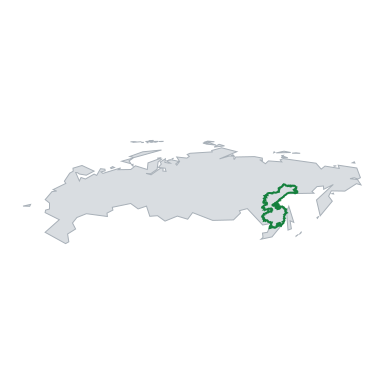 where Khabarovsk sits in Russia
{"feature_id": "RUS-2614", "entity_name": "Khabarovsk", "entity_type": "Territory", "adm_level": 1, "iso_a3": "RUS", "parent_name": "Russia", "parent_adm1": "", "projection": "robinson", "projection_center": [136.924, 54.6], "detail": "fine", "context": "in_parent", "style": "outline", "palette": "green", "viewbox_px": 384, "rotation_deg": 0, "n_neighbors": 0, "source": "natural_earth", "source_scale": "10m", "svg_char_len": 9458}
<svg xmlns="http://www.w3.org/2000/svg" viewBox="0 0 384 384"><path d="M272.0,236.9L261.0,239.2L263.0,237.4L262.5,233.1L267.4,232.3L271.1,223.4L262.7,225.0L247.3,208.6L239.4,210.7L240.5,213.0L233.5,219.9L212.7,220.4L192.6,212.6L187.7,219.2L177.3,216.1L165.0,221.1L157.5,215.7L149.8,216.3L146.5,206.1L138.1,208.9L130.7,203.5L112.3,207.3L112.9,210.1L107.0,213.1L107.4,216.5L86.4,213.7L76.9,217.5L72.5,223.0L75.6,229.0L67.6,234.0L68.8,241.8L65.6,243.6L45.1,232.3L59.3,219.7L45.1,212.6L45.6,210.1L49.5,209.0L49.5,203.0L45.2,199.6L52.0,191.6L56.7,191.1L53.1,189.6L65.8,183.4L64.4,181.2L69.7,173.2L73.2,171.2L73.0,168.2L82.0,165.5L94.1,171.1L86.3,175.2L79.3,174.0L77.5,172.7L75.7,172.5L79.4,181.0L81.0,177.5L85.4,179.0L94.1,174.1L96.7,175.4L100.5,168.7L104.9,169.2L105.2,170.8L101.0,171.9L102.9,173.4L120.7,167.9L118.4,169.7L130.8,169.5L135.4,165.8L147.3,169.5L148.0,162.9L159.7,158.6L161.7,159.1L158.1,162.0L157.1,169.2L150.7,173.7L146.0,173.4L151.1,174.8L160.4,168.3L163.1,168.0L162.9,171.0L166.0,171.4L165.2,168.2L158.4,167.4L161.3,164.1L160.3,162.0L165.4,158.8L164.9,162.4L169.1,163.2L170.4,163.2L166.3,160.9L171.4,159.8L178.8,161.4L175.7,164.0L176.8,165.2L179.6,161.5L176.7,157.0L186.9,158.1L189.3,156.4L187.2,154.5L190.0,153.3L212.2,151.9L211.7,150.5L221.6,147.8L236.8,151.7L219.5,158.9L229.4,156.0L234.2,156.2L233.8,158.8L234.0,159.2L234.6,159.2L235.8,157.0L254.4,156.6L262.3,158.1L262.4,160.5L259.7,159.7L265.4,163.7L268.5,160.9L281.8,161.9L280.2,159.9L283.1,158.6L316.0,163.2L321.2,169.1L325.0,166.1L339.2,168.4L338.2,165.2L356.8,168.0L360.4,177.7L357.9,179.0L354.2,177.7L350.0,178.7L357.5,179.6L361.0,184.9L356.4,183.7L344.9,191.1L331.3,190.9L328.6,196.2L332.3,201.2L320.2,215.8L316.5,200.0L333.3,184.5L323.7,189.3L323.4,186.0L317.0,186.6L312.0,191.5L314.0,193.2L286.8,193.7L272.5,205.0L285.9,209.3L283.4,223.0L272.0,236.9ZM161.5,150.0L133.9,157.6L129.7,156.5L142.8,151.8L161.5,150.0ZM288.8,206.2L293.8,222.4L290.1,220.8L291.4,228.8L288.0,230.1L286.6,212.2L288.8,206.2ZM121.7,161.2L133.4,157.9L129.0,160.9L130.9,163.7L121.7,161.2ZM276.2,152.9L284.0,151.2L290.7,152.5L276.2,152.9ZM209.3,142.7L216.0,145.1L205.5,144.0L209.3,142.7ZM207.7,141.1L214.4,141.7L204.0,142.3L207.7,141.1ZM219.1,144.3L224.5,145.9L214.1,147.1L219.1,144.3ZM292.1,153.2L296.0,152.8L300.2,153.3L292.1,153.2ZM23.0,206.1L30.6,204.4L29.7,206.3L23.0,206.1ZM136.9,142.0L141.4,141.7L132.5,142.4L136.9,142.0ZM283.5,156.3L287.8,157.8L281.1,157.4L283.5,156.3ZM114.5,167.5L111.1,168.6L110.5,167.8L112.6,166.6L114.5,167.5ZM145.4,141.5L149.6,141.2L151.1,141.5L145.4,141.5ZM158.3,141.4L155.7,142.2L153.2,141.9L154.4,141.4L158.3,141.4ZM161.9,141.6L158.8,141.5L163.6,141.3L161.9,141.6ZM133.0,164.3L133.0,166.1L131.6,164.8L133.0,164.3ZM207.2,143.1L204.2,143.6L202.9,142.9L207.2,143.1ZM148.7,140.6L153.7,140.4L151.4,140.9L148.7,140.6ZM354.9,163.1L352.3,162.8L354.3,161.8L354.9,163.1ZM133.8,141.6L136.5,141.8L130.5,141.8L133.8,141.6ZM160.3,157.9L157.1,158.2L160.4,157.8L160.3,157.9ZM232.9,154.7L233.9,155.8L231.8,155.2L232.9,154.7ZM336.4,165.8L334.5,166.3L333.4,165.8L336.4,165.8ZM151.3,142.3L149.4,142.1L152.7,142.3L151.3,142.3ZM152.3,141.0L153.1,141.5L150.8,141.1L152.3,141.0ZM301.5,231.6L301.0,232.8L299.3,234.4L301.5,231.6ZM147.6,142.3L148.5,142.8L146.6,142.7L147.6,142.3ZM171.3,159.6L168.8,160.0L168.4,160.0L171.3,159.6ZM333.7,194.0L331.9,193.7L333.4,193.1L333.7,194.0ZM283.2,155.4L282.3,156.2L281.8,155.6L283.2,155.4ZM277.6,204.0L277.9,205.5L276.9,205.1L277.6,204.0ZM318.8,216.3L317.4,218.4L316.9,217.7L318.8,216.3ZM143.9,142.4L141.8,142.6L141.3,142.4L143.9,142.4ZM173.6,158.1L172.6,158.9L172.3,158.7L173.6,158.1ZM274.9,152.3L273.7,152.8L274.1,151.8L274.9,152.3ZM296.0,236.0L298.5,234.3L296.0,236.3L296.0,236.0Z" fill="#d9dde1" stroke="#a8b0b8" stroke-width="1"/><path d="M271.2,223.4L270.5,223.1L271.3,223.1L271.6,223.0L271.8,222.5L270.9,222.5L270.5,222.1L270.2,222.3L269.5,222.4L269.1,222.0L268.1,221.8L267.8,220.8L267.0,220.7L266.9,220.3L266.0,220.5L266.1,220.2L265.5,220.0L265.2,220.3L265.1,220.7L264.7,220.4L263.9,220.7L264.0,220.1L264.1,219.6L263.7,219.3L264.0,219.2L264.1,218.8L263.6,218.5L263.7,218.3L264.0,218.1L263.7,217.5L263.4,217.6L263.3,217.3L262.8,217.4L262.7,217.2L263.1,216.9L262.9,216.6L262.5,216.6L262.4,216.8L262.2,216.7L262.7,216.0L262.6,215.7L262.9,215.6L263.2,215.0L263.5,215.0L263.8,214.7L264.2,214.7L264.0,213.8L266.0,213.5L266.3,213.3L266.3,213.0L266.5,213.0L266.7,212.7L267.2,212.4L268.0,212.5L268.5,212.2L268.1,211.7L268.1,211.2L268.3,211.0L269.5,211.5L271.2,211.7L271.2,211.4L271.5,211.1L271.2,210.9L271.4,210.8L271.2,210.7L271.3,210.5L271.3,210.3L271.7,209.9L271.7,209.6L271.9,209.4L271.6,209.2L271.8,208.9L271.1,208.4L270.8,208.5L269.9,208.9L268.9,208.6L268.1,208.9L268.0,209.3L265.7,209.5L265.2,209.8L265.2,209.5L264.3,209.5L264.5,209.3L264.3,208.0L263.6,207.9L263.2,208.0L262.1,207.6L262.3,207.0L262.8,206.6L263.6,206.5L263.9,205.8L263.9,205.6L265.6,204.9L265.5,204.6L265.8,204.4L266.5,204.4L266.4,204.0L266.9,204.0L267.1,203.8L267.1,203.6L267.7,203.5L267.3,203.4L267.0,203.2L266.8,202.7L266.5,202.6L265.3,202.9L263.7,202.9L263.4,202.7L263.3,202.1L263.5,201.5L263.8,201.3L263.9,200.7L264.3,200.5L264.5,200.7L264.7,200.4L265.0,200.5L264.9,200.6L265.1,200.6L265.0,200.4L265.1,200.1L265.4,199.9L265.3,199.6L264.6,199.0L264.7,198.9L264.3,198.7L264.1,198.8L263.9,198.5L264.3,198.3L264.8,198.5L265.0,198.3L265.0,198.0L265.3,197.8L265.2,197.6L265.8,197.6L266.0,197.3L265.4,196.8L265.5,196.6L265.1,196.4L264.8,196.0L265.3,196.0L266.0,196.4L265.9,196.1L266.0,195.9L266.3,195.8L266.4,195.5L266.2,195.1L266.8,195.1L266.7,195.0L267.1,194.7L267.1,194.3L267.2,194.0L267.7,194.0L267.8,193.8L267.7,193.7L267.7,193.4L269.0,193.0L270.2,193.0L271.2,193.3L271.7,193.1L271.9,193.4L272.6,193.4L273.1,192.7L273.8,192.3L274.5,192.6L275.9,192.7L277.3,192.2L277.6,191.7L278.4,191.5L278.5,191.9L278.9,191.8L278.8,191.5L279.0,191.1L278.8,190.4L279.1,190.0L278.9,189.7L279.3,189.2L278.8,188.7L279.1,188.4L279.0,188.1L279.8,187.9L279.7,187.7L279.9,187.5L280.3,187.6L280.6,187.2L281.5,187.1L281.8,186.7L282.3,186.2L282.4,185.8L283.0,185.6L283.1,184.8L283.6,184.7L283.8,184.3L284.5,184.5L285.0,184.6L285.5,185.3L285.9,185.6L286.2,185.5L286.8,185.5L287.0,185.8L287.3,186.1L287.8,185.9L288.4,186.0L288.7,185.5L288.9,185.5L289.2,185.7L289.7,185.7L289.6,185.9L289.8,186.1L290.3,185.8L290.4,186.4L290.9,186.5L291.6,186.1L291.6,185.8L291.9,185.7L292.4,185.6L292.8,185.8L293.4,185.9L293.9,185.6L294.9,186.0L295.7,186.7L295.8,187.2L296.2,187.3L296.0,187.6L296.2,187.8L296.2,188.1L296.2,188.4L296.1,188.5L295.7,188.6L295.7,189.1L295.6,189.3L294.8,189.1L293.8,189.8L294.0,190.0L294.4,190.5L295.6,190.3L295.8,190.7L296.2,190.7L296.2,191.0L296.5,191.3L296.9,191.1L297.2,191.3L297.3,191.7L297.1,191.8L297.3,192.0L297.2,192.6L296.7,192.7L295.9,192.5L295.6,192.6L295.7,193.1L295.1,193.3L294.6,193.1L294.9,192.6L294.6,192.6L294.3,192.5L292.9,192.7L290.6,192.6L289.8,192.8L289.1,192.7L287.3,193.4L286.8,193.7L285.9,194.7L284.2,195.7L283.7,196.8L282.7,197.2L282.2,197.8L281.9,197.9L281.5,198.3L281.0,198.4L280.4,198.8L280.3,199.1L279.8,199.2L279.7,199.7L279.4,199.6L279.0,200.2L278.8,200.3L278.8,200.5L279.0,200.6L278.6,200.7L278.3,200.9L277.9,201.5L277.3,201.7L277.2,202.0L277.0,201.9L275.9,202.8L275.1,203.0L274.6,203.7L273.1,204.4L272.5,204.9L272.6,205.4L273.5,205.5L273.7,205.8L275.4,205.7L275.6,205.4L275.7,205.6L276.0,205.5L276.0,205.9L276.0,206.1L275.8,206.2L276.0,206.5L275.8,206.6L276.0,206.9L275.6,207.5L275.7,207.9L275.9,208.0L276.3,207.7L276.6,207.9L276.8,207.8L277.0,207.2L276.7,207.2L276.5,206.9L277.2,206.5L278.0,206.4L277.4,207.1L277.3,206.9L277.0,207.0L277.6,207.5L278.2,207.4L277.7,207.8L277.4,208.3L276.8,208.5L277.1,208.7L278.4,208.5L278.9,208.3L279.2,208.1L279.3,207.6L279.8,207.3L279.8,207.8L279.0,208.8L279.5,208.7L280.0,208.1L280.2,207.3L280.2,207.0L280.1,206.7L279.9,206.5L281.3,206.8L282.3,206.5L282.5,206.7L283.4,207.2L283.4,207.3L283.6,207.4L283.4,207.7L284.1,208.3L285.3,208.8L285.0,208.8L284.9,208.9L286.0,209.3L285.9,209.5L286.0,209.5L285.9,209.9L285.5,210.0L284.8,209.8L284.5,209.8L285.0,210.0L285.3,210.5L285.7,210.5L285.8,211.1L285.4,211.7L286.4,212.5L285.9,212.6L285.8,212.9L286.1,213.1L285.6,213.4L285.4,213.8L285.0,214.0L285.0,214.3L284.8,214.4L285.0,214.5L284.9,214.7L284.5,214.8L284.6,215.6L284.2,216.1L284.1,216.5L284.2,216.8L284.0,217.0L284.3,217.5L284.2,218.1L284.6,218.3L284.0,218.8L284.3,219.1L284.3,219.7L284.1,220.5L283.9,220.5L284.0,220.5L283.9,221.1L283.6,221.3L284.0,221.3L283.6,222.0L283.5,222.9L281.5,224.8L281.0,225.9L280.6,225.7L279.9,225.7L280.1,225.3L279.8,225.1L280.5,224.8L280.5,224.6L279.9,224.1L280.1,223.8L280.3,223.8L280.2,223.6L279.9,223.6L279.7,223.0L279.3,222.9L278.4,223.5L277.4,223.6L277.1,223.9L277.7,224.5L277.4,224.8L278.8,225.1L278.6,225.3L278.8,225.4L278.8,225.5L277.4,226.4L276.5,226.2L276.3,226.6L276.3,227.0L275.5,227.6L274.7,227.7L274.3,227.4L274.0,227.6L273.5,227.3L273.5,227.2L272.7,227.3L272.8,226.9L272.5,226.6L272.0,226.5L271.8,226.7L271.5,226.6L271.1,226.7L270.8,227.1L270.6,227.2L270.5,227.9L269.6,228.1L269.7,227.1L270.1,226.7L269.9,226.3L270.0,226.1L270.8,225.7L271.3,225.0L270.9,224.1L271.2,223.4ZM278.3,204.5L279.0,204.5L278.5,204.7L278.5,205.1L277.9,205.6L277.4,204.9L276.9,205.2L277.6,204.0L278.4,204.2L278.5,204.3L278.3,204.5ZM276.7,204.2L276.5,204.7L275.7,204.8L276.0,204.5L276.7,204.2ZM277.9,206.3L278.3,205.9L278.1,206.3L277.9,206.3ZM277.7,205.8L277.8,206.2L277.6,206.2L277.5,205.9L277.7,205.8ZM278.9,205.4L279.0,205.3L278.9,205.4ZM281.2,205.7L281.3,205.6L281.2,205.7Z" fill="none" stroke="#15803d" stroke-width="2"/></svg>